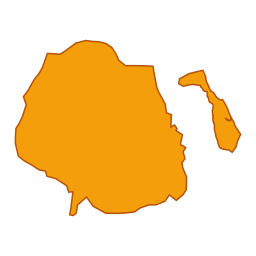 outline of Nembe, Bayelsa, Nigeria
{"feature_id": "59680162B49362321791702", "entity_name": "Nembe", "entity_type": "district", "adm_level": 2, "iso_a3": "NGA", "parent_name": "Nigeria", "parent_adm1": "Bayelsa", "projection": "orthographic", "projection_center": [6.44, 4.512], "detail": "fine", "context": "isolated", "style": "filled", "palette": "amber", "viewbox_px": 256, "rotation_deg": 0, "n_neighbors": 0, "source": "geoboundaries", "source_scale": "gbopen_adm2", "svg_char_len": 3803}
<svg xmlns="http://www.w3.org/2000/svg" viewBox="0 0 256 256"><path d="M23.4,96.7L26.3,104.7L22.4,116.6L19.1,123.5L15.9,128.5L15.5,135.9L15.4,140.1L15.4,143.4L18.3,156.2L24.2,160.8L31.7,165.0L39.2,169.9L45.4,171.1L47.0,176.2L55.5,178.5L66.6,185.6L68.8,192.3L70.3,191.9L72.9,191.9L70.9,207.9L69.7,214.8L73.3,215.5L76.2,213.0L77.6,204.8L86.6,197.1L93.2,206.3L99.9,210.0L101.4,210.8L105.7,213.2L116.9,213.4L125.0,213.0L134.6,211.9L140.3,207.9L149.0,204.9L156.1,204.8L165.0,201.2L169.4,194.9L176.3,200.4L183.1,194.6L186.3,189.6L186.6,177.1L182.9,168.1L182.0,162.6L185.0,158.7L183.1,151.8L185.7,147.7L183.8,146.3L180.9,145.0L180.6,143.1L182.5,134.8L177.6,131.5L176.1,130.4L176.9,128.5L174.6,125.0L170.8,126.9L171.3,117.8L170.7,116.9L171.0,116.0L171.7,115.4L171.7,115.1L171.1,114.7L168.4,113.4L166.5,112.9L166.3,111.5L165.5,106.5L165.3,104.2L158.7,92.1L158.2,90.9L157.4,88.6L156.7,86.8L154.8,76.9L152.9,66.2L150.7,66.1L140.4,65.7L132.3,65.6L125.5,65.7L118.8,60.3L115.7,53.5L115.5,53.2L111.9,47.6L108.3,45.1L108.1,44.9L106.5,43.8L99.9,41.9L99.5,41.8L92.2,41.4L87.9,40.8L85.6,40.5L75.6,43.2L75.6,43.3L65.8,50.5L62.1,53.0L60.2,54.2L47.4,53.4L42.5,67.4L38.9,73.7L34.6,79.0L31.1,84.8L28.7,89.5L23.4,96.7ZM240.6,134.3L235.8,127.0L234.6,124.9L233.9,122.2L232.1,119.3L231.2,117.5L231.2,118.9L231.2,119.3L231.2,119.7L230.9,120.0L230.7,120.1L230.6,120.3L230.4,120.5L228.2,120.6L227.9,120.5L227.6,120.3L227.1,120.1L226.6,120.0L226.4,119.8L226.3,119.2L226.1,119.0L225.8,118.9L225.6,118.7L225.6,118.4L226.0,118.4L226.3,118.5L226.6,118.9L226.8,119.0L226.9,119.3L227.2,119.7L227.7,119.8L228.0,120.0L228.3,120.1L230.3,120.1L230.6,119.8L230.7,119.5L230.9,116.9L229.8,114.5L228.9,112.8L228.0,109.7L225.4,104.3L222.6,99.6L221.6,100.2L219.2,99.4L216.6,97.4L213.6,92.7L211.0,91.0L209.7,88.8L206.6,81.8L205.8,79.2L205.8,77.1L202.9,70.3L189.1,73.6L179.5,78.8L178.7,83.8L183.4,86.3L187.1,85.3L192.2,84.4L200.3,85.4L200.6,85.7L200.4,86.1L200.6,86.7L200.7,86.9L200.9,87.2L201.2,87.3L201.5,87.5L201.7,87.8L202.0,88.0L202.3,88.3L202.5,88.5L202.6,88.8L202.8,89.4L203.0,90.0L203.4,90.5L203.6,90.7L203.9,90.8L204.1,91.0L204.5,91.3L206.6,91.5L206.8,91.6L206.9,92.0L207.1,92.3L207.2,92.8L207.2,94.3L207.1,95.8L207.1,96.1L207.2,96.3L207.4,96.6L207.6,96.7L207.7,96.9L207.9,97.2L208.0,97.4L208.2,97.5L208.3,98.0L208.5,98.5L208.5,98.8L208.7,99.4L208.8,100.2L209.0,100.9L209.1,101.2L209.3,101.5L209.5,101.8L209.8,102.0L209.9,102.3L210.3,102.5L210.6,102.6L210.7,102.8L211.0,102.9L211.4,103.1L211.7,103.3L212.2,103.6L212.5,103.9L212.6,104.2L212.8,104.5L212.9,104.9L213.1,105.2L213.3,105.6L213.3,106.3L213.1,106.8L212.9,107.9L212.8,109.0L212.6,109.6L212.5,109.9L212.3,110.3L212.3,110.6L212.3,111.1L212.5,112.7L212.6,113.4L212.6,115.5L212.9,115.5L213.1,115.7L213.3,115.8L213.4,116.0L213.4,116.6L213.3,117.1L213.0,117.4L212.8,117.7L212.8,119.2L212.8,119.3L212.8,119.5L213.0,120.1L213.1,120.5L213.1,121.1L213.3,121.1L213.4,121.7L213.6,122.5L213.7,123.0L213.9,123.6L214.1,124.3L214.4,125.1L214.5,125.7L214.5,126.7L214.4,127.3L214.4,127.6L214.4,127.8L214.4,129.5L214.5,130.0L214.5,130.3L214.7,131.0L214.9,131.6L215.0,132.1L215.2,132.4L215.3,132.9L215.5,133.2L215.6,133.8L215.6,134.0L215.6,135.1L215.8,135.7L216.0,136.7L216.1,137.0L216.3,137.5L216.4,137.8L216.6,138.1L216.8,138.3L216.9,138.9L217.1,139.1L217.2,139.7L217.4,140.2L217.6,141.0L217.7,141.9L217.9,142.6L218.0,143.2L218.2,143.7L218.3,143.9L218.5,144.3L218.7,145.0L218.8,145.6L219.0,146.1L219.1,146.4L219.3,146.6L219.5,146.9L219.5,147.0L219.9,147.4L220.1,147.7L220.3,147.8L220.4,148.2L220.9,148.3L221.0,148.5L221.4,148.6L222.2,148.8L222.8,149.0L223.6,149.1L224.1,149.3L224.9,149.4L225.5,149.6L226.6,149.8L228.3,149.9L228.5,149.9L228.8,149.9L229.8,150.6L231.0,151.5L231.5,151.9L232.2,152.3L236.0,147.0L237.4,141.5L239.1,137.7L240.6,134.3Z" fill="#f59e0b" stroke="#b45309" stroke-width="1.5"/></svg>